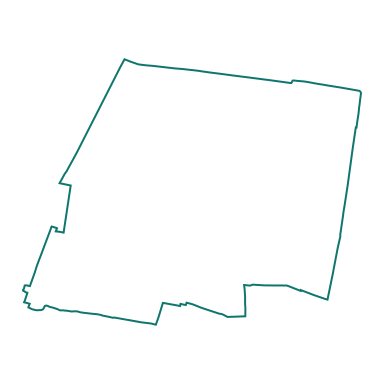 Seaca De Camp, Dolj, Romania
{"feature_id": "2599482B71679844083727", "entity_name": "Seaca De Camp", "entity_type": "district", "adm_level": 2, "iso_a3": "ROU", "parent_name": "Romania", "parent_adm1": "Dolj", "projection": "natural_earth1", "projection_center": [23.204, 43.942], "detail": "fine", "context": "isolated", "style": "outline", "palette": "teal", "viewbox_px": 384, "rotation_deg": 0, "n_neighbors": 0, "source": "geoboundaries", "source_scale": "gbopen_adm2", "svg_char_len": 3036}
<svg xmlns="http://www.w3.org/2000/svg" viewBox="0 0 384 384"><path d="M200.7,71.2L200.0,71.0L193.3,70.2L187.7,69.6L183.4,69.1L181.2,68.9L177.3,68.6L173.9,68.3L172.2,68.1L157.5,66.4L153.2,65.9L146.9,65.4L144.2,65.1L139.4,64.5L138.3,64.3L137.9,64.2L137.6,64.1L130.4,61.6L124.8,59.4L124.5,59.3L120.4,66.9L76.6,153.0L67.7,169.2L66.9,170.9L64.8,173.7L59.6,183.2L69.7,185.3L70.7,185.5L63.6,232.6L59.7,231.8L55.8,231.4L57.0,228.2L56.2,227.9L51.7,226.5L51.4,226.9L50.2,230.5L46.6,240.0L41.5,253.6L38.7,260.9L38.1,262.6L36.8,266.0L34.8,272.4L34.0,274.7L29.9,286.1L28.0,285.7L27.3,285.5L27.0,285.4L26.5,285.3L24.7,285.5L24.0,288.5L23.5,289.3L23.0,290.0L23.1,290.4L23.2,290.8L23.5,291.0L24.0,291.1L24.6,291.4L24.8,291.6L25.3,292.0L25.8,292.3L26.3,292.5L27.4,292.7L27.4,292.8L26.7,295.0L25.8,297.6L25.1,299.8L24.5,301.3L24.1,302.3L26.3,302.8L29.0,303.6L29.7,303.8L29.1,305.3L28.5,306.9L28.4,307.4L31.0,308.7L32.1,309.2L32.7,309.4L34.5,309.8L35.3,310.0L35.9,310.1L36.5,310.2L37.0,310.3L37.7,310.2L38.1,310.2L39.1,310.1L40.6,310.1L41.1,310.0L41.9,309.8L42.6,309.5L43.0,309.3L43.3,309.0L43.8,308.0L44.4,306.8L44.7,306.2L44.9,306.0L45.6,305.7L46.5,305.6L47.3,305.8L47.7,305.9L48.2,306.1L48.7,306.4L49.3,306.7L49.8,306.9L50.4,307.1L52.0,307.4L52.8,307.6L56.8,308.9L57.8,309.3L58.4,309.6L59.0,309.9L59.5,310.1L60.0,310.3L60.6,310.4L61.1,310.4L63.0,310.3L64.9,310.6L66.8,310.7L69.3,311.1L70.3,311.3L71.0,311.4L71.8,311.5L72.6,311.4L73.3,311.4L74.3,311.3L75.1,311.3L76.3,311.3L77.7,311.5L78.9,311.8L79.4,312.0L79.5,312.1L80.3,312.3L83.8,312.8L93.4,313.9L97.0,314.2L99.2,314.6L101.2,315.0L102.1,315.5L105.8,316.2L113.2,317.8L114.0,317.5L141.2,322.3L144.5,322.7L151.0,323.5L155.8,324.7L158.3,317.9L162.9,302.9L164.2,303.1L170.8,304.3L174.8,305.0L180.1,306.0L180.5,303.9L181.0,304.0L184.5,304.8L185.6,305.0L185.8,305.0L186.6,302.7L188.5,303.2L190.1,303.6L192.6,304.3L198.0,306.4L200.3,307.4L201.8,307.9L202.9,308.3L219.0,313.6L220.2,313.9L220.8,313.9L221.3,313.9L221.6,314.0L222.3,314.3L223.2,314.7L225.4,315.8L227.4,316.9L232.0,316.8L245.3,316.3L245.4,307.6L245.1,304.4L245.1,296.6L244.6,289.1L244.4,287.5L244.1,285.0L244.3,285.0L249.7,285.6L250.5,285.4L251.3,285.2L252.0,284.9L252.6,284.7L253.5,284.7L264.6,285.4L283.0,285.5L286.7,285.5L286.8,285.5L288.2,286.0L300.1,290.7L300.8,290.9L300.9,290.1L313.7,295.0L325.3,299.0L327.5,299.6L332.7,274.3L336.2,255.9L337.7,248.0L339.9,238.3L340.3,236.7L340.3,234.3L343.2,214.6L343.3,213.1L344.6,205.3L347.6,185.8L352.8,147.7L355.3,130.8L355.8,127.4L356.5,127.5L357.6,119.4L358.5,113.8L359.2,106.7L359.5,105.1L359.9,101.5L360.5,96.9L360.9,93.9L361.0,93.3L360.9,92.7L360.7,92.3L360.3,91.6L359.5,90.9L357.5,90.5L348.4,88.9L339.8,87.4L333.4,86.4L324.2,84.9L322.7,84.6L319.3,84.1L315.2,83.4L313.1,83.0L309.8,82.4L307.5,82.0L305.2,81.6L302.5,81.3L299.7,81.1L297.6,80.9L296.5,80.8L295.7,80.7L294.9,80.6L293.8,80.5L293.2,80.5L292.8,80.5L292.5,80.8L292.3,81.2L292.0,81.8L291.9,82.0L291.6,82.6L291.2,83.1L270.0,80.2L246.6,77.2L233.9,75.6L220.4,73.8L210.0,72.5L200.7,71.2Z" fill="none" stroke="#0f766e" stroke-width="2"/></svg>